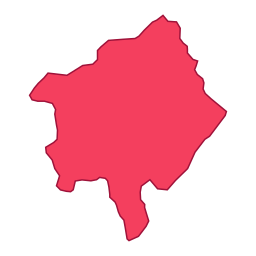 the district of Livadia Larnakas, Larnaca, Cyprus
{"feature_id": "46923920B34186369498316", "entity_name": "Livadia Larnakas", "entity_type": "district", "adm_level": 2, "iso_a3": "CYP", "parent_name": "Cyprus", "parent_adm1": "Larnaca", "projection": "orthographic", "projection_center": [33.633, 34.954], "detail": "fine", "context": "isolated", "style": "filled", "palette": "rose", "viewbox_px": 256, "rotation_deg": 0, "n_neighbors": 0, "source": "geoboundaries", "source_scale": "gbopen_adm2", "svg_char_len": 1222}
<svg xmlns="http://www.w3.org/2000/svg" viewBox="0 0 256 256"><path d="M163.0,15.4L156.7,20.2L152.5,22.1L144.2,30.3L138.9,36.2L135.1,38.5L123.1,39.3L108.5,40.4L100.9,46.9L97.5,50.5L97.5,59.6L92.8,64.2L82.7,65.5L67.0,75.3L48.0,73.1L44.0,77.9L38.3,83.3L34.4,88.0L29.6,95.3L32.1,99.8L37.8,101.2L44.4,101.2L52.4,103.4L55.6,109.5L54.8,114.1L56.5,125.0L57.5,130.1L57.1,139.3L53.7,142.5L45.7,147.3L46.3,152.8L52.2,160.0L54.8,168.6L59.6,175.8L56.5,185.8L60.5,189.9L66.4,191.3L70.6,191.7L73.2,189.8L75.3,181.0L82.0,179.9L90.9,180.8L96.6,179.7L99.6,177.4L105.3,178.3L107.6,180.8L108.9,186.9L109.8,194.5L109.8,197.2L115.1,202.1L116.5,205.2L118.4,211.9L120.3,216.1L123.9,220.1L125.2,227.3L127.1,238.9L129.0,240.6L138.5,236.3L146.1,226.3L148.7,221.0L146.3,213.2L144.6,207.5L144.7,204.4L140.6,199.7L140.2,192.2L141.3,186.1L145.1,183.3L149.9,179.7L157.6,188.8L167.3,189.8L175.5,180.4L187.6,168.6L195.0,152.2L204.7,139.5L205.0,139.2L209.6,136.2L225.2,115.5L226.4,111.5L210.9,98.7L205.2,93.5L203.1,89.0L203.9,82.9L202.6,78.7L197.3,74.5L194.6,69.7L196.1,65.9L197.6,61.0L192.9,59.4L187.4,53.0L187.4,49.2L187.2,46.3L183.2,43.1L179.8,38.5L180.2,28.2L176.5,21.9L167.9,21.3L163.0,15.4Z" fill="#f43f5e" stroke="#9f1239" stroke-width="1.5"/></svg>